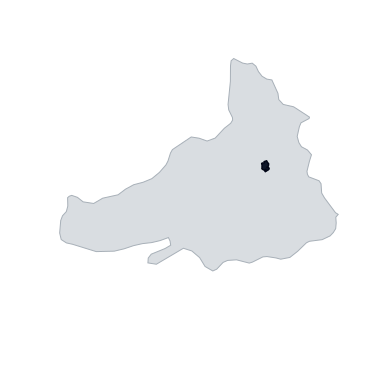 Juan de Herrera, San Juan, Dominican Republic (highlighted), rotated 154°
{"feature_id": "3306468B17512962237330", "entity_name": "Juan de Herrera", "entity_type": "district", "adm_level": 2, "iso_a3": "DOM", "parent_name": "Dominican Republic", "parent_adm1": "San Juan", "projection": "natural_earth1", "projection_center": [-71.191, 18.877], "detail": "fine", "context": "in_parent", "style": "filled", "palette": "ink", "viewbox_px": 384, "rotation_deg": 154, "n_neighbors": 0, "source": "geoboundaries", "source_scale": "gbopen_adm2", "svg_char_len": 3062}
<svg xmlns="http://www.w3.org/2000/svg" viewBox="0 0 384 384"><g transform="rotate(154 192 192)"><path d="M71.1,257.7L71.5,243.0L73.5,237.0L71.6,230.7L63.3,224.0L58.1,215.4L53.6,207.8L54.6,206.7L63.7,206.4L66.9,203.6L73.1,195.8L74.3,189.5L73.8,184.7L69.8,179.1L68.3,173.1L73.2,167.9L79.6,160.2L80.5,157.3L80.4,154.4L72.9,146.4L72.4,142.9L75.9,134.2L75.5,128.5L72.1,110.5L70.4,107.8L73.8,106.3L76.0,100.9L78.9,96.1L82.8,93.6L87.1,92.0L95.9,92.1L108.0,96.2L111.4,96.2L123.0,92.4L132.7,90.3L141.7,92.7L145.4,95.9L152.9,101.1L156.7,102.6L168.5,102.5L171.7,103.0L181.7,111.5L190.0,114.9L194.9,115.1L203.6,111.8L207.9,111.9L212.9,119.3L213.9,129.7L218.0,139.1L224.4,145.2L255.7,142.7L262.7,147.6L260.3,151.8L255.9,154.0L241.0,153.0L234.5,153.5L233.2,157.6L233.2,161.4L241.9,162.3L250.4,164.2L259.1,167.3L268.0,169.4L277.9,170.7L287.8,172.9L304.2,180.4L322.3,197.4L327.2,201.3L330.4,206.6L328.9,213.2L322.5,223.9L318.8,227.4L313.5,229.5L309.8,233.8L306.3,241.4L304.2,242.0L301.6,241.7L297.3,237.4L294.2,230.9L285.4,224.8L275.0,225.6L259.7,221.9L250.5,223.7L241.2,224.1L231.7,222.2L222.2,221.6L212.7,223.9L203.5,227.8L200.1,230.3L194.2,236.5L191.0,238.7L168.6,241.8L162.1,237.3L156.1,231.2L147.5,230.3L135.0,235.1L127.1,236.8L124.0,238.8L123.0,241.2L123.0,249.7L121.2,254.9L109.0,274.6L102.1,288.5L99.3,292.8L96.0,293.7L90.0,285.7L86.2,282.8L81.4,281.4L79.4,277.1L79.5,271.1L78.3,265.3L75.3,260.7L71.1,257.7Z" fill="#d9dde1" stroke="#a8b0b8" stroke-width="1"/><path d="M116.6,178.3L116.4,178.2L116.2,178.2L115.9,178.2L115.7,178.2L115.5,178.3L115.3,178.4L115.0,178.4L114.3,178.4L114.2,178.4L113.9,178.4L113.7,178.6L113.1,178.7L112.8,178.8L112.7,178.9L112.5,179.1L112.4,179.3L112.4,179.5L112.3,179.8L112.4,180.0L112.5,180.3L112.8,180.5L113.0,180.6L113.5,180.8L113.8,181.0L113.8,181.3L113.7,181.3L113.4,181.5L113.2,181.5L112.9,181.4L112.7,181.4L112.6,181.5L112.4,181.6L112.3,181.8L112.2,181.8L111.9,182.0L111.7,182.2L111.6,182.4L111.5,182.7L111.4,182.9L111.2,183.2L111.2,183.3L110.9,183.4L110.8,183.5L110.8,183.9L110.8,184.1L110.8,184.3L111.0,184.7L111.0,184.9L111.2,185.1L111.2,185.4L111.2,185.6L111.2,185.8L111.2,186.9L111.2,187.1L111.3,187.3L111.6,187.5L112.5,187.4L112.8,187.4L113.0,187.5L113.4,187.6L113.5,187.7L113.8,187.7L113.9,187.4L114.0,187.3L114.0,187.2L114.1,186.8L114.2,186.7L114.3,186.6L114.5,186.5L114.8,186.5L115.1,186.6L115.3,186.7L115.5,186.9L115.7,187.0L115.9,187.1L116.0,187.2L116.4,187.2L116.5,187.2L116.8,187.1L117.0,186.8L117.0,186.6L117.1,186.4L117.1,185.9L117.1,185.7L117.2,185.4L117.6,184.9L117.7,184.7L117.8,184.5L117.9,184.2L118.0,183.8L118.0,183.7L118.2,183.4L118.7,182.9L118.8,182.7L118.9,182.3L118.9,182.1L118.8,181.9L118.7,181.7L118.6,181.4L118.2,180.9L118.0,180.7L117.9,180.5L117.9,180.4L117.7,180.2L117.4,180.2L117.2,180.2L116.3,180.2L116.1,180.2L115.9,180.1L115.7,180.0L115.7,179.9L115.6,179.7L115.9,179.3L116.0,179.1L116.2,178.9L116.3,178.9L116.9,178.9L117.0,178.9L117.2,178.7L117.3,178.7L117.3,178.4L117.2,178.3L117.1,178.2L117.0,178.3L116.8,178.3L116.7,178.3L116.6,178.3Z" fill="#0f172a" stroke="#020617" stroke-width="1.5"/></g></svg>